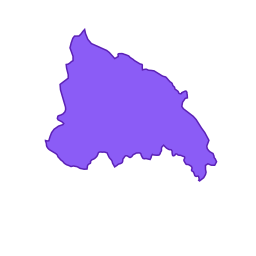 the border of Južno-Backi, rotated 211°
{"feature_id": "SRB-1059", "entity_name": "Južno-Backi", "entity_type": "District", "adm_level": 1, "iso_a3": "SRB", "parent_name": "Republic of Serbia", "parent_adm1": "", "projection": "albers", "projection_center": [19.57, 45.457], "detail": "fine", "context": "isolated", "style": "filled", "palette": "violet", "viewbox_px": 256, "rotation_deg": 211, "n_neighbors": 0, "source": "natural_earth", "source_scale": "10m", "svg_char_len": 5434}
<svg xmlns="http://www.w3.org/2000/svg" viewBox="0 0 256 256"><g transform="rotate(211 128 128)"><path d="M38.3,130.3L37.6,128.0L37.5,124.4L39.4,119.5L40.5,119.6L40.5,119.9L40.5,120.3L40.5,120.6L40.7,121.0L41.5,121.7L42.2,122.5L42.5,122.7L42.8,122.8L43.0,122.9L43.4,122.7L44.4,121.8L44.7,121.6L45.0,121.5L45.5,121.5L45.9,121.5L46.2,121.6L46.5,121.8L47.7,122.9L49.0,123.8L49.4,124.0L49.8,124.1L50.8,124.1L51.1,124.1L51.4,124.2L51.7,124.4L51.8,124.6L52.0,124.9L52.3,126.2L52.4,126.5L52.6,126.8L52.9,127.1L53.4,127.4L53.7,127.6L54.1,127.7L55.2,127.8L56.8,127.8L57.3,127.7L57.8,127.6L58.7,127.1L59.1,126.9L59.5,126.9L59.8,126.9L60.2,127.1L62.6,128.4L63.2,128.8L63.6,129.4L63.8,129.9L63.8,130.3L63.8,130.9L63.9,131.3L64.0,131.5L64.3,132.0L64.5,132.2L64.7,132.4L65.0,132.4L65.3,132.3L66.1,132.1L66.6,132.0L68.2,131.8L68.8,131.7L69.7,131.2L70.5,130.9L70.8,130.7L71.3,130.6L71.7,130.7L72.3,130.8L72.7,130.8L73.0,130.7L73.3,130.6L73.5,130.5L73.7,130.2L73.8,130.0L73.8,129.0L74.0,128.5L74.2,128.1L74.5,127.8L74.8,127.5L75.2,127.4L75.6,127.5L76.1,127.9L77.4,129.4L78.0,130.5L78.3,130.8L78.7,131.1L79.3,131.4L79.5,131.5L79.9,131.5L80.4,131.3L81.3,130.8L81.8,130.7L82.3,130.6L83.4,130.6L84.5,130.6L85.1,130.7L86.0,130.9L88.6,131.6L88.7,131.1L89.1,129.7L89.1,129.3L89.1,128.9L89.1,128.4L88.8,127.8L88.6,127.4L87.8,126.1L87.6,125.7L87.6,125.3L87.6,124.3L87.6,123.9L87.3,122.8L87.3,122.4L87.3,121.5L87.4,121.1L87.6,120.7L87.8,120.5L89.5,119.4L91.9,118.2L92.7,118.0L93.5,117.9L93.4,115.6L93.3,115.3L93.0,114.7L92.8,112.4L95.2,111.6L96.5,111.2L96.8,111.1L97.2,110.8L98.0,110.1L98.6,109.9L99.1,109.7L99.5,109.7L99.8,109.8L100.4,110.1L102.2,111.2L102.5,111.4L103.5,112.3L103.7,112.5L104.0,112.6L104.3,112.7L104.7,112.7L105.0,112.6L105.7,112.4L107.1,111.4L107.9,110.9L108.1,110.6L108.3,110.3L108.8,109.3L109.6,108.2L109.7,107.9L109.8,107.6L109.9,107.1L110.0,105.7L110.1,105.3L110.4,104.7L110.6,104.3L110.8,104.0L111.2,103.8L111.5,103.6L111.8,103.6L113.3,103.7L114.2,103.7L115.1,103.4L115.4,103.2L115.6,103.1L115.9,102.7L116.0,102.3L116.1,101.8L116.2,100.1L116.3,99.0L116.3,98.6L116.2,98.3L115.7,97.4L115.3,96.3L115.3,96.0L115.2,95.6L115.3,95.2L115.4,94.8L116.1,93.7L116.4,93.3L117.4,92.3L117.6,92.0L117.8,91.6L118.2,90.3L119.4,87.8L121.3,88.9L122.4,89.5L123.2,90.0L124.4,91.2L124.8,91.5L125.4,91.8L126.0,92.1L127.3,92.5L128.3,92.8L128.8,93.0L129.3,93.3L129.8,93.6L131.9,95.0L132.9,95.9L135.0,95.5L135.8,95.2L136.1,95.1L136.4,94.9L137.2,94.3L137.5,94.1L138.6,93.6L139.5,93.1L140.0,92.7L140.4,92.2L140.5,91.9L140.6,91.5L140.6,91.0L140.5,90.6L140.3,90.0L140.2,88.9L140.1,87.7L140.2,87.2L140.3,86.7L140.7,85.2L141.1,84.2L141.7,83.3L142.5,82.2L142.7,81.7L142.8,81.1L142.9,79.9L142.5,79.5L142.3,79.2L142.2,78.8L142.1,78.5L142.2,78.2L142.7,77.4L143.2,76.4L143.3,75.8L143.3,75.2L143.2,74.5L142.6,73.4L142.0,71.7L144.4,70.1L145.1,69.8L146.4,69.4L147.6,68.9L148.1,68.8L148.6,68.7L150.6,68.7L151.7,68.6L152.1,68.5L153.3,68.0L154.8,67.5L155.3,67.3L156.6,66.0L157.0,65.6L159.2,65.4L159.8,65.3L160.7,65.1L161.7,64.9L163.3,64.9L164.4,65.0L164.9,65.1L166.5,65.7L167.0,65.8L169.1,66.0L169.6,66.1L171.2,66.7L172.5,67.0L173.2,67.3L174.8,68.5L175.4,68.7L176.0,68.8L177.1,68.9L183.8,68.9L184.8,69.0L186.3,69.4L186.7,69.6L187.3,69.9L187.9,70.2L188.3,70.5L188.9,71.1L189.6,72.1L190.2,72.8L190.9,73.5L191.9,74.2L192.1,74.5L192.3,74.8L190.8,75.2L189.3,76.2L190.4,80.6L191.1,84.7L190.7,88.9L188.5,93.9L185.5,97.4L185.4,98.8L188.0,99.3L192.1,99.0L193.5,99.8L194.2,102.0L193.6,103.1L192.3,104.5L191.0,106.6L190.4,109.5L191.0,111.8L192.4,113.8L205.5,125.9L208.7,130.4L204.9,139.9L206.7,142.9L211.5,147.7L213.7,150.6L212.2,151.9L211.3,153.8L210.7,155.8L209.8,157.4L212.1,161.2L219.0,166.8L220.5,171.6L221.5,176.5L221.2,179.2L217.4,181.6L216.7,184.4L216.4,187.6L215.9,190.1L213.0,187.0L208.1,183.3L202.9,181.5L186.2,183.5L183.0,183.1L175.1,180.7L173.5,183.7L173.3,183.9L173.2,184.2L173.3,184.4L173.4,184.7L173.7,185.0L174.3,185.7L174.5,186.0L174.5,186.5L174.4,186.7L174.1,187.0L173.4,187.5L172.1,188.3L171.7,188.6L171.2,188.8L170.7,189.0L168.9,189.3L168.3,189.5L167.3,189.7L165.0,190.1L164.0,190.0L163.7,190.0L163.1,189.7L162.9,189.6L160.9,189.5L158.7,189.4L158.4,189.3L157.9,189.2L156.7,189.1L154.3,189.1L152.0,189.1L150.9,189.1L150.4,189.2L149.1,189.6L148.9,189.7L148.6,189.6L148.3,189.5L148.1,189.3L147.0,187.3L145.5,185.3L144.1,186.7L143.4,187.3L143.0,187.6L142.6,187.8L142.2,187.9L140.3,188.1L139.9,188.2L139.5,188.4L138.8,188.8L137.8,189.3L135.1,190.4L127.0,190.3L125.3,190.3L124.7,190.4L124.2,190.5L122.2,191.1L121.7,191.1L121.3,191.0L119.9,190.6L117.9,189.9L116.4,189.5L115.9,189.3L114.2,189.2L113.7,189.1L113.3,189.0L112.7,188.6L111.8,187.8L111.5,187.6L111.1,187.4L110.7,187.3L109.7,187.1L109.4,187.0L109.1,186.9L108.7,186.5L108.0,185.7L107.9,185.6L104.7,185.3L104.1,185.2L103.8,185.1L103.5,184.9L102.7,184.2L102.4,184.1L102.1,184.0L101.9,184.0L101.4,184.1L100.7,184.4L100.4,184.5L100.1,184.8L100.0,185.1L99.9,185.4L100.0,185.9L100.1,186.0L98.5,188.4L98.3,188.7L97.9,189.1L97.7,189.3L97.4,189.5L97.2,189.5L96.9,189.4L96.7,189.3L96.0,189.0L95.9,188.9L95.7,188.7L95.4,188.1L95.2,187.9L95.0,187.6L94.6,187.3L94.4,187.0L93.4,185.6L92.6,184.4L94.2,182.9L94.5,178.2L93.0,174.2L90.4,173.0L78.1,171.6L73.9,170.3L65.2,165.9L59.8,163.6L52.3,159.1L51.5,154.9L51.2,153.1L49.4,151.1L47.2,150.2L45.2,149.8L42.0,149.9L39.8,148.2L38.9,147.0L37.4,146.5L34.7,144.7L34.5,140.7L37.5,139.0L41.1,138.5L42.3,135.8L40.2,132.4L38.3,130.3Z" fill="#8b5cf6" stroke="#5b21b6" stroke-width="1.5"/></g></svg>